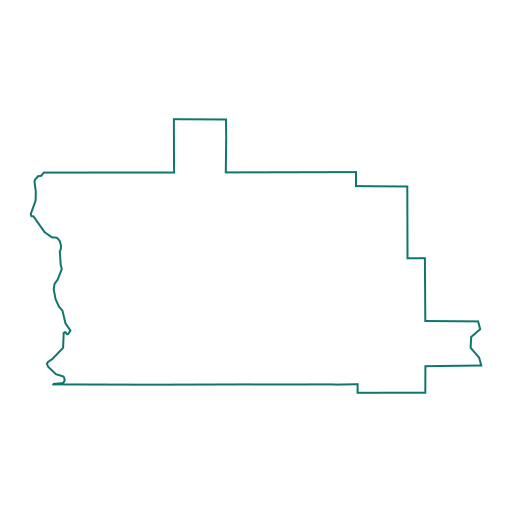 the district of Calcasieu, Louisiana, United States of America
{"feature_id": "52423323B60189599793984", "entity_name": "Calcasieu", "entity_type": "district", "adm_level": 2, "iso_a3": "USA", "parent_name": "United States of America", "parent_adm1": "Louisiana", "projection": "robinson", "projection_center": [-93.51, 30.264], "detail": "fine", "context": "isolated", "style": "outline", "palette": "teal", "viewbox_px": 512, "rotation_deg": 0, "n_neighbors": 0, "source": "geoboundaries", "source_scale": "gbopen_adm2", "svg_char_len": 1037}
<svg xmlns="http://www.w3.org/2000/svg" viewBox="0 0 512 512"><path d="M43.9,172.6L41.2,175.8L38.1,176.2L34.9,179.8L34.5,181.8L35.8,191.7L35.6,200.5L30.7,214.3L31.5,216.2L33.5,216.4L44.6,232.2L52.0,237.4L54.9,237.5L57.1,237.9L58.7,239.7L60.0,241.6L61.0,245.9L60.7,249.3L59.8,251.5L60.7,264.8L61.6,268.3L61.8,269.1L57.6,279.7L54.6,283.8L53.7,289.0L55.5,299.0L59.0,306.7L62.5,310.8L63.6,315.5L65.5,323.5L70.4,330.5L68.0,334.2L67.0,334.2L65.3,332.1L63.7,332.9L63.1,347.8L52.2,359.1L47.7,362.2L46.9,363.9L48.2,366.8L55.9,374.2L63.2,376.4L64.1,377.5L64.7,380.2L63.9,382.0L62.3,383.2L53.7,383.9L52.7,385.0L53.7,384.4L151.3,384.7L248.1,384.4L263.1,384.5L331.6,384.4L337.1,384.6L357.6,384.2L357.6,392.8L425.3,392.7L425.4,366.2L481.3,365.5L479.1,357.6L470.6,347.8L471.2,336.9L480.2,329.2L478.1,321.4L425.3,321.0L424.9,258.2L407.5,258.3L407.3,186.5L378.3,186.3L356.0,186.1L356.0,183.2L356.0,172.1L225.8,172.4L226.2,137.2L226.0,119.5L173.9,119.2L173.9,128.3L174.0,161.1L174.1,172.5L43.9,172.6Z" fill="none" stroke="#0f766e" stroke-width="2"/></svg>